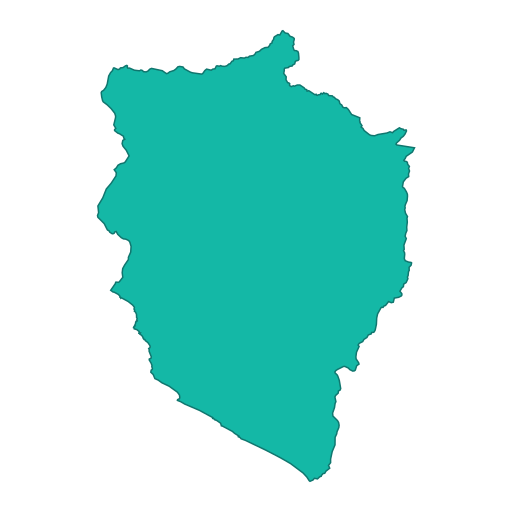 the district of Ica, Ica, Peru
{"feature_id": "86281439B40725623046053", "entity_name": "Ica", "entity_type": "district", "adm_level": 2, "iso_a3": "PER", "parent_name": "Peru", "parent_adm1": "Ica", "projection": "orthographic", "projection_center": [-75.617, -14.336], "detail": "fine", "context": "isolated", "style": "filled", "palette": "teal", "viewbox_px": 512, "rotation_deg": 0, "n_neighbors": 0, "source": "geoboundaries", "source_scale": "gbopen_adm2", "svg_char_len": 5965}
<svg xmlns="http://www.w3.org/2000/svg" viewBox="0 0 512 512"><path d="M287.9,33.5L285.2,33.0L282.9,30.7L282.1,31.0L279.8,35.0L278.0,34.6L274.4,36.8L273.8,38.0L273.6,39.4L272.2,41.3L272.0,42.9L270.2,43.9L269.7,45.3L268.1,47.3L265.0,47.6L261.5,49.3L259.4,51.3L255.9,52.4L255.3,53.7L253.5,55.5L249.4,56.2L248.2,57.4L245.9,57.3L244.4,58.1L240.6,57.7L238.0,59.0L233.8,59.1L233.4,60.7L231.9,61.3L230.1,63.8L228.9,64.0L227.0,65.7L224.8,66.4L222.0,66.2L220.6,65.6L219.4,66.2L217.0,65.8L216.3,66.1L215.0,68.8L212.8,69.1L211.2,70.2L206.6,69.1L204.8,70.6L202.7,73.6L201.6,74.1L192.4,72.8L190.5,72.2L184.4,68.9L183.0,67.0L179.7,66.4L177.9,66.8L176.0,68.9L173.9,70.5L169.8,71.8L167.8,73.3L166.4,73.6L162.3,70.7L151.5,68.4L149.7,69.2L147.9,71.1L146.1,71.9L143.6,71.7L142.4,70.5L140.9,70.0L139.5,70.8L134.4,70.2L129.6,68.1L127.7,68.1L127.3,67.4L127.4,65.9L126.8,65.4L125.4,65.9L123.0,67.6L120.4,67.9L119.7,69.0L118.0,69.6L114.2,67.9L113.5,68.0L112.4,70.7L110.6,72.6L108.7,76.0L107.2,84.1L105.8,87.5L103.6,90.3L101.7,91.5L101.2,92.7L101.7,96.9L102.6,100.7L103.3,101.9L107.3,104.9L111.1,108.6L114.7,113.2L115.6,116.0L115.5,117.8L113.8,124.9L115.8,128.4L114.6,129.6L114.6,130.6L117.9,133.2L119.4,133.7L123.4,136.2L123.8,138.1L124.8,139.2L122.8,140.4L122.1,143.7L123.0,146.2L126.3,150.3L129.1,155.9L125.2,162.0L123.8,163.0L120.6,163.7L118.0,165.2L116.3,167.9L114.2,169.7L116.3,172.7L116.0,175.9L111.2,183.2L106.3,189.0L102.8,197.8L97.9,206.0L98.6,212.6L97.5,215.6L97.9,217.3L104.2,223.6L107.0,229.2L107.5,230.0L109.1,230.9L109.8,232.2L111.9,233.6L112.9,233.8L114.1,233.3L115.0,231.8L116.2,231.5L117.7,234.3L121.3,237.7L123.5,238.9L125.6,239.1L127.7,240.0L129.2,241.1L129.9,242.3L131.1,246.5L130.7,252.1L128.4,257.3L128.4,259.5L124.6,265.1L122.7,268.6L122.2,272.7L122.8,277.3L119.3,281.8L118.6,282.3L115.9,282.1L115.6,282.5L115.4,283.5L110.7,290.3L113.0,292.0L114.2,292.2L118.3,294.4L119.8,296.0L120.0,297.3L120.6,297.4L120.8,298.1L121.1,297.8L122.9,298.6L128.2,301.5L132.6,305.0L134.4,307.2L134.0,309.1L134.7,310.0L134.4,311.3L135.5,312.0L136.5,314.4L136.6,317.6L137.2,318.3L136.8,319.9L137.2,320.6L136.4,321.1L136.7,321.4L135.7,322.0L135.5,323.6L134.6,325.6L135.0,325.9L134.0,326.5L133.5,327.7L134.4,328.2L134.3,328.9L136.8,329.6L139.2,331.6L138.9,333.2L140.4,333.0L139.9,334.2L141.6,335.3L142.7,336.8L143.2,338.3L143.6,338.4L143.6,338.9L144.2,339.6L144.9,339.6L145.4,340.7L147.8,342.5L149.8,345.4L150.2,346.9L149.7,347.9L148.7,348.5L149.2,349.6L149.1,351.2L151.3,356.8L150.9,358.4L149.3,359.0L149.2,359.9L151.2,363.3L152.0,365.6L151.8,366.7L152.4,368.4L152.2,369.5L151.2,370.1L150.8,372.2L153.2,374.5L154.9,378.6L158.2,380.1L161.9,382.8L169.1,386.2L177.3,392.1L179.4,394.9L179.8,397.4L179.5,398.7L177.6,399.6L177.4,400.4L180.7,401.7L184.8,404.1L199.3,410.3L212.4,417.4L212.6,418.3L213.2,418.2L213.2,418.6L214.7,419.3L214.8,419.8L216.6,420.4L220.6,423.2L221.4,425.9L221.9,425.8L232.4,431.4L234.5,433.3L238.5,435.8L238.3,436.4L238.9,436.4L238.7,436.9L240.2,437.6L241.1,438.8L245.0,440.2L265.9,450.2L280.5,457.8L290.6,463.6L303.1,473.0L306.9,477.1L309.2,480.7L310.0,481.3L313.0,480.0L314.4,478.3L317.5,478.9L319.7,476.8L321.2,476.3L321.5,475.4L323.0,473.6L324.7,473.3L326.0,471.1L329.7,468.2L328.5,465.4L330.6,462.7L330.6,459.0L332.2,451.6L335.0,444.9L335.1,437.3L336.7,433.9L337.0,431.8L338.8,427.6L339.1,425.2L338.6,422.5L337.5,420.6L332.9,416.0L332.6,413.1L334.5,407.6L335.1,403.4L335.9,401.7L334.9,396.9L335.7,395.4L338.2,393.1L338.4,391.0L340.1,390.1L340.7,388.6L339.3,380.4L337.9,376.4L337.3,375.1L335.1,372.9L334.9,371.9L335.9,370.5L337.6,369.4L343.4,366.5L344.8,366.4L348.3,368.0L349.8,369.6L352.8,371.1L354.5,370.8L355.3,370.1L356.7,365.7L359.0,364.1L358.6,362.7L356.1,358.9L355.9,356.8L356.5,352.2L359.1,346.4L358.1,345.1L358.4,344.5L359.3,343.3L362.7,341.6L363.9,339.4L366.9,337.5L368.3,334.9L371.2,333.9L371.6,332.5L373.7,332.3L374.3,331.7L375.2,330.0L376.4,324.3L376.7,318.0L377.6,313.9L380.9,307.9L381.6,307.3L383.0,307.4L384.2,305.8L385.5,305.5L388.6,301.6L391.3,302.7L393.3,302.2L394.3,298.1L398.7,297.3L401.4,295.9L401.9,295.0L401.8,293.6L399.9,291.2L402.0,287.7L403.4,286.7L403.7,284.1L406.1,282.6L407.9,278.7L407.4,277.0L408.1,275.6L408.5,271.6L409.2,270.5L409.1,267.3L411.1,265.2L411.6,262.9L411.0,262.4L408.6,262.1L405.2,260.7L404.3,258.6L404.7,254.6L404.6,252.8L403.5,250.7L404.2,249.4L403.9,245.1L406.3,238.6L405.1,236.2L405.8,233.1L406.9,230.6L406.7,227.1L407.3,222.2L407.0,218.1L407.5,216.6L405.5,213.2L404.7,209.6L405.2,207.9L404.9,206.5L405.3,204.8L407.1,200.6L407.5,196.2L407.4,194.3L406.5,192.0L404.3,188.3L402.9,187.4L402.5,186.5L403.3,181.9L406.0,178.3L408.7,176.6L408.5,173.9L409.5,171.0L408.6,168.4L409.4,166.4L407.7,164.3L407.3,162.2L405.9,161.3L404.5,161.2L403.8,160.3L405.2,158.5L406.2,156.3L412.4,152.0L414.5,147.8L396.9,145.0L396.0,144.2L396.5,143.0L399.5,140.3L401.0,138.0L403.3,136.3L405.0,134.1L406.5,130.9L406.1,129.9L404.0,130.3L403.4,129.3L401.0,128.7L399.4,127.8L393.7,131.4L392.5,132.7L390.0,131.8L387.0,133.0L378.0,134.5L374.6,135.8L370.9,135.4L369.4,134.7L364.1,130.5L363.0,128.5L361.1,127.0L362.0,125.7L359.9,122.5L360.1,121.9L359.6,121.0L359.8,117.8L351.6,114.5L348.3,109.4L347.0,108.2L346.4,107.6L344.2,107.8L342.9,107.2L341.6,104.8L340.5,104.2L339.8,103.4L339.2,101.0L337.7,99.7L335.5,98.7L334.4,97.3L333.4,97.1L332.4,95.9L328.6,95.5L327.9,94.1L326.0,93.3L324.9,93.7L323.8,92.7L322.5,94.0L321.6,93.3L320.8,93.4L320.3,94.5L318.0,94.9L317.3,95.4L316.4,95.1L316.2,94.3L314.7,94.6L308.8,90.7L307.1,91.1L306.7,89.6L305.2,89.3L304.1,87.8L299.9,85.0L297.3,85.0L294.3,86.2L293.3,85.8L291.3,86.6L289.9,85.8L289.5,85.2L289.7,83.6L288.8,82.9L287.6,82.6L286.0,79.7L286.2,76.8L283.7,73.4L284.3,70.5L284.2,69.2L284.7,68.2L288.6,67.5L289.2,66.5L292.2,66.0L292.7,65.0L294.7,63.9L295.3,61.5L296.7,60.6L297.7,60.6L298.4,60.1L298.9,59.5L298.9,57.6L298.5,53.2L297.9,51.5L296.0,50.6L294.7,50.6L293.9,49.9L292.7,45.8L294.0,44.5L293.5,42.0L294.2,39.7L294.2,38.4L292.5,37.1L290.1,36.3L287.9,33.5Z" fill="#14b8a6" stroke="#0f766e" stroke-width="1.5"/></svg>